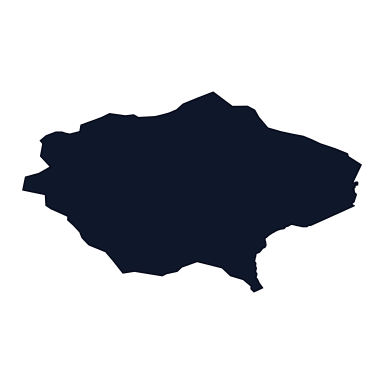 Mo'st, Hovd, Mongolia (Robinson projection)
{"feature_id": "93677404B12808755317760", "entity_name": "Mo'st", "entity_type": "district", "adm_level": 2, "iso_a3": "MNG", "parent_name": "Mongolia", "parent_adm1": "Hovd", "projection": "robinson", "projection_center": [92.924, 46.687], "detail": "fine", "context": "isolated", "style": "filled", "palette": "ink", "viewbox_px": 384, "rotation_deg": 0, "n_neighbors": 0, "source": "geoboundaries", "source_scale": "gbopen_adm2", "svg_char_len": 4220}
<svg xmlns="http://www.w3.org/2000/svg" viewBox="0 0 384 384"><path d="M262.4,287.8L261.0,285.8L260.5,285.2L259.7,284.1L258.9,282.8L257.5,279.7L257.0,278.9L256.5,278.6L256.1,278.3L256.0,277.9L256.1,277.1L256.2,275.9L256.5,275.3L256.7,274.3L256.7,273.8L256.6,273.4L256.2,273.0L255.8,272.6L255.6,271.8L255.5,271.4L255.6,271.1L255.7,270.7L255.7,270.2L255.9,269.6L256.1,269.1L256.2,268.7L256.2,268.2L256.2,267.9L255.9,267.5L255.7,266.9L255.5,266.5L255.5,266.1L255.5,265.6L255.5,265.1L255.5,264.5L255.7,264.1L255.7,263.7L255.7,263.4L255.6,263.0L255.3,262.7L255.1,262.4L254.7,262.0L254.6,261.6L254.5,261.1L254.5,260.6L254.7,260.0L254.8,259.4L254.9,258.9L255.0,258.3L255.1,257.8L255.1,257.4L255.3,256.9L255.5,256.4L255.6,256.0L255.6,255.5L255.7,255.1L255.7,254.7L255.7,254.4L255.9,254.0L256.1,253.7L256.4,253.4L256.8,253.1L257.2,253.0L257.4,252.8L257.9,252.6L258.3,252.6L258.6,252.5L259.2,252.2L259.7,251.8L260.2,251.3L260.8,250.5L261.3,249.9L261.6,249.4L262.3,248.6L262.8,248.2L263.1,247.9L263.6,247.7L264.0,247.6L264.7,247.3L265.1,246.9L265.4,246.4L265.8,245.3L265.9,244.4L265.6,243.6L265.5,243.0L265.5,242.7L265.6,242.1L265.5,241.8L265.2,241.1L264.9,240.4L264.8,239.9L265.0,239.2L265.0,238.6L265.0,238.3L264.9,237.9L265.1,237.6L265.4,237.5L266.3,237.3L266.7,237.0L267.3,236.4L267.8,235.9L268.7,235.2L269.8,234.3L270.8,233.8L271.4,233.3L272.2,232.8L273.1,232.4L274.0,231.9L275.1,231.2L275.8,230.9L276.4,230.5L277.2,230.2L277.9,229.9L278.6,229.6L279.4,229.4L280.3,229.1L280.8,229.0L281.4,228.9L281.9,228.8L282.3,228.8L282.7,228.7L283.2,228.7L283.7,228.5L284.0,228.4L284.5,228.1L284.8,227.7L285.1,227.3L285.4,226.8L285.6,226.5L285.9,226.4L286.8,226.4L287.4,226.2L288.1,226.0L288.8,225.5L289.8,224.9L290.6,224.5L291.2,224.2L291.6,224.2L292.2,224.3L293.0,224.4L293.7,224.6L294.4,224.7L295.1,224.9L295.6,225.0L296.5,225.3L297.6,225.5L299.3,225.8L300.9,226.2L302.3,226.5L303.1,226.6L304.1,226.6L304.9,226.6L306.3,226.6L307.2,226.3L307.9,225.8L308.4,225.5L308.9,225.3L309.2,225.2L309.5,225.2L310.0,225.2L310.6,225.3L353.8,205.8L353.5,205.6L353.1,205.3L352.8,205.2L352.6,205.1L352.4,205.0L352.3,204.8L352.1,204.7L351.7,204.4L351.5,204.2L351.5,203.9L351.7,203.6L352.0,203.3L352.4,203.1L352.6,202.8L352.9,202.6L353.3,202.2L353.6,202.0L353.9,201.8L354.1,201.5L354.2,201.3L354.3,201.0L354.3,200.6L354.2,200.3L354.4,200.0L354.6,199.7L354.7,199.4L354.7,199.0L354.8,198.7L355.0,198.4L354.9,198.1L355.0,197.8L355.2,197.5L355.5,197.1L355.6,196.7L355.6,196.2L355.8,195.8L355.9,195.5L356.2,194.8L356.1,194.4L356.0,194.1L355.5,193.7L355.1,193.3L354.5,192.8L354.1,192.6L354.1,192.3L354.1,192.0L354.2,191.7L354.2,191.2L354.1,190.9L353.8,190.8L353.7,190.7L353.6,190.4L353.5,190.2L353.5,189.9L353.7,189.7L354.0,189.6L354.0,189.4L353.8,189.2L353.6,189.2L353.5,189.3L353.4,189.3L353.2,189.3L353.0,189.1L353.0,188.9L353.0,188.7L353.5,188.6L353.8,188.3L353.7,188.3L353.5,188.1L353.6,187.9L353.9,187.8L354.2,187.7L354.3,187.5L354.9,187.2L354.8,186.7L354.7,186.3L355.1,186.0L355.2,185.7L355.3,185.3L355.6,185.2L355.9,185.2L356.3,185.1L356.5,184.9L356.8,184.6L357.1,184.7L357.5,184.7L357.4,184.2L357.6,183.8L357.6,183.6L357.5,183.4L357.4,183.1L357.6,182.7L357.3,182.3L357.1,182.2L356.8,182.3L356.5,182.7L356.3,183.1L356.0,183.2L355.6,182.9L355.7,182.6L355.7,182.3L355.4,182.4L355.1,182.7L354.7,182.9L354.5,183.2L354.1,183.3L353.6,183.1L353.0,182.8L352.6,182.5L352.3,182.0L352.5,181.7L353.1,181.5L361.0,164.9L348.2,156.7L347.4,153.9L335.1,148.9L320.1,143.9L311.9,140.0L303.1,136.4L292.5,134.4L280.4,131.8L267.7,128.1L258.6,117.3L254.6,110.2L247.4,106.4L232.3,106.6L224.5,100.8L213.2,92.3L199.1,97.7L183.2,104.2L176.7,110.0L168.8,113.3L162.2,115.1L155.2,116.8L138.4,117.7L133.6,115.0L125.4,116.0L109.6,113.8L101.6,117.7L91.3,121.5L81.1,125.2L80.0,131.7L69.8,134.3L65.1,133.3L61.9,132.2L55.9,132.2L46.2,135.9L40.5,140.7L43.0,143.6L40.7,156.1L50.7,166.9L38.9,173.6L25.6,177.2L23.0,189.9L45.5,194.5L46.1,205.3L51.2,208.7L68.0,216.2L67.9,220.0L73.6,225.1L79.9,231.9L82.1,237.6L88.9,244.7L89.8,245.1L99.8,249.2L105.7,251.6L113.1,260.3L123.0,272.9L134.4,271.1L162.3,275.6L166.4,273.5L177.1,271.2L181.7,266.9L197.1,261.4L222.2,267.7L230.6,275.6L243.4,279.4L251.3,286.1L251.1,288.9L254.0,291.7L262.4,287.8Z" fill="#0f172a" stroke="#020617" stroke-width="1.5"/></svg>